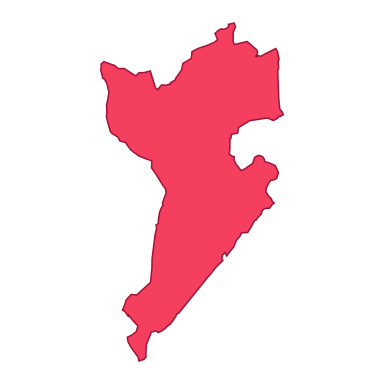 outline of Mayo-Belwa, Adamawa, Nigeria
{"feature_id": "59680162B66628176907248", "entity_name": "Mayo-Belwa", "entity_type": "district", "adm_level": 2, "iso_a3": "NGA", "parent_name": "Nigeria", "parent_adm1": "Adamawa", "projection": "equal_earth", "projection_center": [11.944, 8.94], "detail": "fine", "context": "isolated", "style": "filled", "palette": "rose", "viewbox_px": 384, "rotation_deg": 0, "n_neighbors": 0, "source": "geoboundaries", "source_scale": "gbopen_adm2", "svg_char_len": 3268}
<svg xmlns="http://www.w3.org/2000/svg" viewBox="0 0 384 384"><path d="M127.3,337.2L128.0,341.6L130.4,346.4L138.1,357.2L139.0,361.0L143.8,359.4L145.9,357.4L146.0,350.6L146.4,344.5L148.0,340.4L150.0,335.6L151.3,332.2L156.0,330.8L158.2,332.6L161.0,331.3L164.7,328.9L166.6,327.0L169.0,324.9L170.2,324.3L170.9,323.1L172.8,321.1L173.8,319.2L175.7,316.5L177.1,313.5L178.6,313.4L179.5,312.2L187.7,302.1L207.1,278.0L207.4,277.7L210.9,273.6L214.0,269.7L215.9,267.4L219.4,263.8L222.9,260.6L222.2,259.6L221.8,258.0L222.7,254.7L225.0,252.7L225.7,254.2L226.7,256.0L229.5,252.0L233.8,246.9L236.3,240.5L240.4,235.5L241.5,232.9L247.7,232.5L251.2,226.8L254.6,220.6L256.2,219.9L257.8,217.6L261.3,214.0L262.1,210.7L264.3,208.8L266.8,208.3L269.4,208.3L272.1,204.7L274.2,202.9L272.4,201.6L271.3,198.7L268.4,195.7L265.9,191.8L266.3,187.9L268.6,183.4L270.6,180.5L274.4,179.7L276.7,178.3L277.8,174.5L278.5,173.0L277.5,170.5L275.3,165.6L271.0,163.7L268.2,162.5L264.9,161.9L264.1,158.9L262.8,156.9L260.1,155.5L257.6,155.6L254.6,157.5L252.7,163.4L244.5,169.1L241.0,170.5L235.8,163.7L234.2,160.3L234.0,158.5L234.4,156.9L232.0,156.0L231.8,155.9L230.7,155.3L229.3,153.7L229.5,151.5L229.7,151.1L229.8,150.1L229.9,146.5L229.9,142.2L230.0,139.6L230.0,138.7L230.8,138.5L231.6,134.3L237.7,133.1L238.5,127.5L238.9,127.3L250.0,120.6L264.1,118.5L267.7,118.0L273.3,120.5L277.4,118.4L278.9,116.5L280.5,116.3L283.3,114.7L282.4,112.3L279.8,109.0L278.9,100.3L278.8,99.2L277.7,71.0L278.7,67.9L278.1,60.8L279.1,59.5L277.5,51.5L275.7,48.5L273.8,49.5L264.8,54.0L260.6,56.4L258.2,55.5L257.0,56.8L255.8,56.3L256.6,55.3L257.7,52.5L256.7,49.7L251.5,45.3L247.1,41.5L234.5,44.5L233.1,41.7L233.3,32.1L235.5,26.9L234.1,23.0L232.6,23.4L228.4,24.3L228.6,26.3L226.4,28.4L223.6,29.4L221.0,28.8L219.1,30.0L217.9,30.7L217.1,31.6L215.0,33.4L217.6,39.6L214.5,42.2L206.7,45.6L206.0,45.8L198.2,48.4L192.0,51.6L191.3,58.4L182.9,63.4L181.4,70.2L175.8,78.1L175.2,80.0L174.5,80.2L173.8,80.7L173.0,81.2L171.9,81.8L171.1,82.3L171.0,82.6L170.5,82.7L170.7,84.2L169.0,84.2L166.3,85.3L161.6,84.9L157.5,89.7L155.5,87.8L150.3,71.0L144.4,72.5L140.8,72.7L138.8,72.9L135.8,75.9L132.3,73.7L128.4,71.2L124.2,68.5L118.5,68.7L114.9,65.6L110.6,64.1L103.9,61.6L101.1,64.1L101.2,67.0L100.7,70.1L102.1,75.2L102.6,78.1L104.6,79.3L106.9,83.7L107.6,86.7L109.0,92.5L108.5,94.9L108.0,98.0L107.6,100.2L107.0,102.8L106.5,105.1L106.7,108.2L106.8,111.3L106.8,113.7L106.4,116.8L107.0,119.1L107.7,122.2L108.4,124.5L109.0,126.8L109.7,129.1L110.3,131.4L111.5,132.9L113.3,134.3L115.6,135.7L118.0,137.1L119.8,140.9L120.2,141.0L122.1,141.6L124.5,142.2L125.6,142.5L127.6,145.6L130.6,149.7L132.4,151.2L133.7,152.3L136.8,154.4L138.7,155.9L139.1,156.0L139.8,156.3L141.4,157.0L146.9,159.2L148.0,159.5L149.9,160.1L151.9,161.1L151.5,167.8L156.1,174.4L159.6,180.1L162.9,185.5L165.4,188.7L166.1,193.0L164.8,196.6L164.7,196.7L162.4,203.1L163.1,205.5L161.8,206.9L161.4,207.8L160.1,210.9L159.6,212.1L158.2,221.1L158.4,223.4L156.0,224.9L156.6,228.0L155.1,234.7L153.7,245.7L152.1,258.4L151.9,268.6L150.5,282.3L136.6,295.0L131.2,294.5L126.2,299.9L124.6,304.9L122.5,310.0L125.3,311.9L127.1,314.9L128.3,316.3L128.6,315.0L130.1,316.9L132.8,320.5L137.4,325.4L137.6,325.8L137.8,326.4L136.2,331.6L133.8,333.6L130.6,335.7L127.3,337.2Z" fill="#f43f5e" stroke="#9f1239" stroke-width="1.5"/></svg>